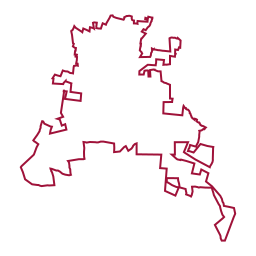 the district of Homún, Yucatán, Mexico
{"feature_id": "50627088B94698794440678", "entity_name": "Homún", "entity_type": "district", "adm_level": 2, "iso_a3": "MEX", "parent_name": "Mexico", "parent_adm1": "Yucatán", "projection": "mercator", "projection_center": [-89.236, 20.665], "detail": "fine", "context": "isolated", "style": "outline", "palette": "rose", "viewbox_px": 256, "rotation_deg": 0, "n_neighbors": 0, "source": "geoboundaries", "source_scale": "gbopen_adm2", "svg_char_len": 5712}
<svg xmlns="http://www.w3.org/2000/svg" viewBox="0 0 256 256"><path d="M209.8,167.2L210.0,166.4L211.4,164.2L211.6,163.8L212.5,162.0L212.9,160.0L212.8,159.3L213.1,148.1L213.3,147.0L207.4,146.0L200.5,144.0L193.6,152.5L189.6,151.2L188.0,151.1L188.8,148.6L189.3,148.1L190.1,145.0L195.8,146.6L198.2,142.1L199.2,136.9L199.2,135.0L199.6,131.7L199.3,130.8L201.5,130.4L201.9,130.2L202.9,129.3L203.7,128.9L204.1,129.3L204.4,129.1L204.7,128.5L204.9,128.5L205.0,128.2L205.5,127.8L205.8,127.5L205.0,127.1L204.5,126.9L203.7,126.3L202.5,125.9L201.9,125.9L201.2,125.4L200.7,125.2L200.4,124.9L200.4,124.5L200.0,124.1L199.9,123.8L199.4,123.3L199.3,123.0L199.4,122.6L199.1,122.4L198.5,122.4L197.5,122.1L197.1,121.6L196.6,121.1L197.0,119.7L196.2,119.2L194.8,118.7L194.4,118.7L194.4,119.7L193.9,119.3L193.5,118.7L192.9,118.6L192.4,118.3L191.9,117.3L191.4,116.8L191.3,116.0L191.0,115.5L190.9,115.1L190.6,114.5L190.4,113.9L190.4,113.6L189.7,113.1L189.8,112.3L189.1,110.8L188.4,110.1L188.1,109.7L187.6,109.5L187.0,109.5L186.7,109.4L186.3,109.0L185.8,108.8L185.6,108.4L185.8,108.0L185.5,107.8L184.7,107.8L184.2,107.3L183.9,106.7L184.0,106.4L183.6,105.9L183.2,107.4L182.3,115.3L163.3,113.4L163.6,102.1L172.1,102.0L172.2,100.9L172.6,98.7L170.0,98.5L170.0,86.3L170.0,84.8L166.6,83.4L166.4,83.2L164.0,82.6L162.5,81.5L161.5,81.2L160.6,71.4L157.9,71.3L154.2,69.8L154.3,69.6L153.6,69.5L150.0,70.1L150.4,76.5L148.5,76.5L148.2,70.6L147.1,70.4L145.6,70.6L145.3,70.5L144.5,70.8L143.7,74.5L139.3,74.5L139.4,71.1L147.7,64.8L150.1,64.9L152.5,65.1L155.7,65.3L155.9,63.5L156.1,63.1L156.2,59.3L164.0,60.0L163.4,64.8L165.2,64.6L166.5,64.7L170.0,64.2L170.0,55.9L174.9,56.7L175.1,54.8L175.5,54.4L175.7,53.7L175.1,53.4L175.2,49.5L178.0,50.0L179.1,47.3L180.2,47.7L180.6,40.5L177.8,38.0L177.6,38.6L176.4,38.4L174.9,37.7L173.7,37.8L171.7,37.5L170.4,37.8L169.5,38.3L170.3,51.5L163.8,50.8L163.0,50.8L159.1,50.2L158.1,50.2L155.9,49.7L154.7,49.5L153.8,49.6L153.8,49.1L153.5,49.3L153.0,49.1L151.9,48.5L151.9,49.0L152.1,49.7L152.1,50.2L151.9,51.6L151.7,52.2L151.2,52.8L151.0,53.9L150.8,55.5L150.7,55.6L150.2,56.9L140.0,57.1L142.2,53.4L141.7,52.7L141.5,52.1L141.1,51.8L139.8,50.3L140.6,45.7L140.8,45.8L141.0,43.6L140.4,43.5L141.1,39.1L141.3,38.7L141.5,38.8L145.8,33.6L141.8,31.6L143.5,29.2L145.7,30.2L147.7,27.4L149.3,26.1L150.2,24.6L150.4,23.5L151.1,21.8L151.6,21.2L151.5,20.7L151.9,19.9L152.1,19.4L152.0,19.2L152.2,18.6L152.4,18.3L152.4,17.6L151.4,17.5L148.3,16.7L147.9,18.5L146.6,18.2L145.4,17.8L145.2,19.1L146.5,19.4L147.7,19.5L147.5,21.7L141.8,21.4L137.6,21.0L137.4,22.8L137.5,23.8L136.3,23.5L133.9,23.4L133.9,22.0L134.0,20.6L133.6,20.6L132.1,19.9L131.7,18.5L131.8,16.5L129.7,15.8L128.8,15.8L127.6,16.0L126.7,16.0L124.2,17.3L124.3,18.2L123.9,19.3L123.6,19.7L116.3,17.9L113.4,16.8L112.6,15.4L110.6,15.6L109.6,17.8L106.5,23.1L105.9,24.7L104.6,24.1L102.7,23.3L101.8,25.8L100.9,28.6L98.6,28.5L96.3,28.1L96.4,27.7L96.3,26.5L96.8,22.7L94.1,22.4L93.0,22.8L93.9,28.5L93.5,28.2L90.0,27.2L89.9,27.6L89.5,31.4L86.8,30.0L83.3,28.5L82.3,32.2L81.7,31.7L75.7,27.8L74.3,26.1L73.6,28.0L72.6,30.0L72.1,30.4L71.5,30.6L71.2,31.1L72.0,34.8L73.0,43.2L73.8,43.8L72.9,46.4L74.8,47.8L75.9,48.0L75.6,50.6L75.2,50.6L75.0,51.7L74.7,54.5L76.0,54.5L76.9,54.7L76.7,55.5L75.8,55.4L75.5,56.6L77.0,57.0L76.8,60.3L76.2,63.2L77.6,63.6L77.8,65.7L75.7,65.3L75.4,65.7L74.0,65.9L73.7,66.8L73.0,73.4L72.3,73.2L70.2,73.0L67.7,71.5L65.1,71.3L62.8,70.5L60.5,76.2L57.6,75.5L54.9,74.6L52.5,78.4L53.5,78.7L52.9,83.5L63.2,84.1L63.6,83.0L65.6,80.9L65.6,81.3L71.4,83.4L71.1,84.3L71.2,85.0L70.5,91.9L81.2,93.4L80.6,100.9L65.0,98.9L66.7,91.4L64.3,91.1L64.2,90.7L63.8,90.7L63.7,91.4L64.1,91.5L60.9,112.9L63.1,116.8L57.4,118.8L58.4,119.1L59.8,119.5L61.8,125.6L65.2,124.2L66.4,129.6L50.0,133.6L50.6,130.1L51.9,126.7L50.5,126.5L44.4,123.7L43.2,121.5L42.2,121.2L41.9,121.9L40.6,126.2L40.6,127.8L39.8,129.7L39.6,131.1L37.2,135.0L33.3,140.4L34.4,141.5L35.1,141.8L38.3,144.2L36.6,147.3L34.0,154.3L33.7,154.8L21.5,166.2L20.8,167.2L22.9,172.2L25.1,179.3L31.8,184.1L32.1,184.3L37.4,185.0L38.5,185.0L40.0,185.7L41.6,186.1L47.6,185.3L49.1,185.5L54.4,185.2L53.3,176.5L52.0,172.2L51.3,171.3L51.3,170.7L50.9,169.7L50.7,169.4L50.5,168.6L51.9,168.9L56.2,170.5L57.9,170.5L59.9,171.6L62.4,173.7L65.4,174.7L66.3,174.8L68.5,175.2L69.6,175.2L70.9,174.8L70.7,174.3L70.4,172.4L70.2,169.2L69.5,167.7L69.4,167.0L69.5,166.2L69.1,163.1L68.9,162.3L68.0,161.0L78.9,159.2L83.5,159.2L84.5,158.9L84.1,156.6L84.0,151.8L84.3,148.0L83.5,142.0L85.8,142.3L86.6,142.6L89.9,142.0L95.3,142.2L96.5,142.4L98.1,142.4L100.7,141.6L103.4,141.6L114.1,143.5L114.3,148.0L114.1,152.1L119.9,151.5L124.1,147.1L125.8,146.1L128.3,150.8L131.5,148.6L132.7,146.9L133.2,145.7L134.8,144.1L136.6,143.4L136.6,154.3L161.3,154.6L160.1,168.1L166.7,168.6L165.0,190.9L175.4,195.6L178.8,187.3L176.4,187.0L172.0,185.1L168.3,182.7L166.8,182.1L166.8,180.0L166.7,178.1L178.0,178.2L178.2,180.6L179.1,183.7L179.6,187.4L185.6,189.0L186.0,191.4L186.4,192.9L186.3,193.6L186.1,194.4L189.9,195.8L191.0,196.5L191.7,195.1L192.6,191.5L192.0,186.7L195.1,186.6L197.6,187.1L198.5,187.5L199.7,187.4L200.1,187.2L205.5,187.6L211.7,187.7L213.3,192.7L213.9,195.1L217.9,202.7L218.7,204.2L220.0,206.1L220.2,207.5L221.1,211.0L222.4,214.7L224.1,217.0L223.0,218.1L214.9,224.9L220.0,234.8L220.5,236.0L220.7,238.4L221.7,240.6L224.9,240.6L233.7,217.2L235.2,213.7L234.0,208.0L228.6,206.8L223.9,205.9L223.6,203.7L223.3,202.8L223.0,202.5L222.6,201.8L222.4,201.2L221.9,198.9L220.8,196.9L220.6,196.5L220.4,196.0L212.0,186.3L206.0,181.5L208.4,173.2L201.3,169.5L199.8,174.5L191.9,173.4L194.4,163.5L186.4,161.0L181.0,159.6L180.2,159.7L180.2,160.0L177.4,159.4L176.6,158.9L171.8,154.6L174.9,154.6L174.8,142.2L188.0,142.2L183.9,152.1L185.0,152.9L195.4,159.5L209.8,167.2Z" fill="none" stroke="#9f1239" stroke-width="2"/></svg>